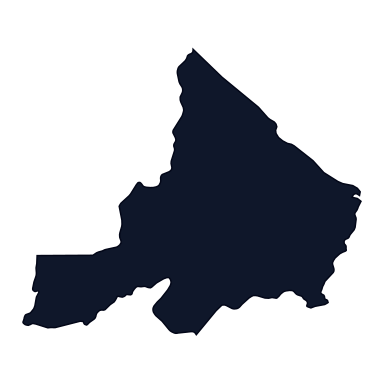 the County of Grand Bassa, rotated 180°
{"feature_id": "LBR-785", "entity_name": "Grand Bassa", "entity_type": "County", "adm_level": 1, "iso_a3": "LBR", "parent_name": "Liberia", "parent_adm1": "", "projection": "albers", "projection_center": [-9.727, 6.117], "detail": "fine", "context": "isolated", "style": "filled", "palette": "ink", "viewbox_px": 384, "rotation_deg": 180, "n_neighbors": 0, "source": "natural_earth", "source_scale": "10m", "svg_char_len": 4443}
<svg xmlns="http://www.w3.org/2000/svg" viewBox="0 0 384 384"><g transform="rotate(180 192 192)"><path d="M190.9,334.7L162.1,306.9L125.6,276.8L116.2,266.2L114.2,264.6L109.6,261.9L108.0,259.9L107.2,257.2L108.4,253.8L108.0,250.6L105.5,246.5L101.3,243.1L96.6,240.6L92.6,239.7L89.8,238.1L71.0,223.3L60.2,211.4L46.1,202.5L41.3,200.4L31.2,198.4L26.6,195.7L23.8,192.2L24.5,188.5L26.9,190.1L29.0,190.3L30.7,189.2L31.9,186.7L26.6,185.5L23.0,182.7L23.2,182.3L25.8,177.1L26.2,175.8L27.0,174.0L28.9,171.3L29.3,169.9L29.0,168.7L28.0,166.1L27.9,164.6L28.9,156.7L29.4,155.4L29.9,154.2L33.9,149.3L35.2,146.5L36.1,145.7L37.6,145.1L39.0,144.4L39.9,142.8L39.9,141.2L39.5,139.9L38.6,139.0L38.0,138.0L37.9,136.9L38.0,135.7L37.8,134.6L37.8,133.5L38.8,132.8L41.4,131.8L44.3,130.2L48.9,126.0L50.6,123.4L51.5,121.2L51.4,119.6L50.2,115.6L50.0,114.1L50.2,112.7L50.8,111.5L59.0,102.7L60.2,99.7L61.4,97.4L62.2,94.6L63.2,92.2L63.2,91.0L62.5,90.1L60.2,88.8L59.6,87.7L59.2,85.2L58.3,84.5L57.3,84.2L56.5,83.5L55.9,81.5L57.1,80.7L59.3,79.5L68.9,77.7L73.1,76.1L76.0,77.1L77.0,77.6L77.2,78.1L77.1,78.8L76.8,79.6L76.5,80.6L76.6,81.7L77.1,82.8L77.9,83.6L79.8,84.8L80.5,85.4L80.9,86.1L81.3,86.7L81.8,87.4L82.5,87.9L86.5,89.2L87.5,89.8L88.3,90.5L89.9,92.3L90.8,93.1L92.3,93.5L94.4,93.6L98.2,93.1L100.3,92.4L102.5,90.7L103.7,89.6L104.7,88.2L106.9,86.1L107.7,85.8L112.0,86.5L115.3,85.8L119.1,86.0L126.4,88.2L128.5,88.5L130.6,88.5L132.4,87.7L134.9,86.1L141.9,79.8L144.4,77.0L145.7,76.0L147.1,75.4L149.4,75.1L150.8,75.2L152.1,75.6L157.3,78.3L158.2,78.7L159.2,79.0L160.2,79.0L161.2,79.0L162.2,78.8L167.9,73.3L187.7,49.3L189.0,51.2L189.8,51.8L190.9,52.3L192.8,52.4L205.9,51.0L206.9,50.8L208.1,50.7L209.7,51.0L212.3,52.2L213.8,53.2L215.0,54.4L221.9,62.8L228.2,68.4L229.4,70.0L230.5,71.8L230.9,73.2L231.0,74.2L231.0,75.2L230.8,76.1L230.4,77.1L229.9,78.1L226.7,82.0L223.0,85.6L216.3,94.1L213.8,98.3L213.4,99.3L213.1,100.4L212.9,101.5L213.0,102.4L213.2,103.4L213.6,104.4L214.2,105.4L215.0,106.4L217.2,106.4L220.3,105.3L227.5,101.1L232.4,96.8L233.6,96.2L235.8,96.5L238.8,97.6L240.2,97.6L242.5,97.3L243.6,97.3L246.1,97.6L247.4,97.2L248.3,96.5L249.8,94.8L251.5,92.3L251.8,90.9L252.3,89.8L253.3,89.2L255.0,89.3L256.4,89.5L257.8,89.4L258.9,88.2L260.2,87.4L261.7,86.9L264.1,87.3L265.5,87.7L266.7,87.6L268.4,84.3L269.8,82.2L273.8,79.4L278.9,74.4L280.2,73.9L282.5,74.0L284.4,73.6L286.2,72.0L287.3,70.7L287.9,69.1L288.2,67.6L288.8,66.1L290.0,64.8L294.0,62.0L295.7,60.5L296.5,59.5L297.6,59.0L299.5,59.8L300.3,61.1L300.7,62.5L303.8,62.8L328.9,56.4L333.2,56.5L336.2,56.2L348.2,60.0L351.3,60.6L352.8,60.0L353.4,59.6L355.7,58.7L357.6,59.0L358.8,59.4L360.4,60.6L360.9,61.3L361.0,62.0L360.3,63.9L359.7,66.1L359.7,66.6L359.5,67.1L358.9,68.5L358.5,69.0L358.0,69.4L354.4,70.7L353.7,71.1L353.3,71.4L350.4,75.0L350.0,75.8L349.1,78.2L347.8,85.7L347.5,87.1L345.2,91.5L345.1,92.1L345.2,92.7L345.5,92.9L346.0,93.1L346.5,93.1L347.1,93.0L348.6,92.5L349.1,92.5L349.9,92.9L350.9,93.7L351.3,94.7L351.3,95.6L350.0,102.0L348.0,107.8L347.7,109.3L347.6,111.0L347.9,115.3L347.9,116.4L347.2,120.5L346.9,128.4L291.1,128.7L287.4,131.2L285.4,132.0L281.5,133.1L279.5,134.1L278.2,134.5L267.6,136.8L266.5,137.3L265.5,138.0L264.2,139.1L263.6,140.1L263.0,141.0L262.9,141.9L262.9,142.8L263.2,143.8L263.9,145.6L264.2,146.5L264.3,147.4L264.4,149.3L264.1,151.1L262.2,157.8L262.0,159.8L262.1,163.8L264.8,177.7L264.2,178.9L263.1,180.7L254.9,188.2L253.4,190.0L247.6,199.3L246.1,201.2L245.0,201.6L244.0,201.5L243.1,200.8L242.4,200.0L241.1,198.2L240.3,197.5L239.3,197.1L237.5,196.7L233.7,196.4L230.6,196.5L227.8,197.1L226.2,197.8L224.9,198.8L224.3,200.0L223.7,201.0L223.4,202.2L223.2,203.2L223.4,205.5L223.3,206.9L222.6,208.6L221.7,209.5L215.0,212.2L213.4,213.3L212.5,214.5L212.2,215.5L212.1,216.6L212.5,218.5L212.7,219.5L212.9,220.4L212.8,222.1L212.7,223.0L209.5,233.2L209.4,234.2L209.4,235.2L210.2,237.9L210.2,239.0L209.9,240.1L208.5,242.5L208.2,243.5L208.1,244.4L208.6,246.3L211.0,251.1L211.1,252.0L211.0,253.0L210.7,253.9L202.1,267.6L201.3,269.6L200.4,272.9L200.3,273.9L200.4,274.9L200.8,276.8L203.1,281.8L203.7,283.7L203.8,284.6L203.8,286.3L203.8,287.0L203.5,287.6L201.9,290.9L201.5,292.0L201.3,293.0L201.3,294.1L201.4,295.2L201.7,296.3L202.2,297.3L204.0,300.1L204.9,302.2L206.6,310.4L206.7,311.6L206.6,313.2L205.9,315.8L205.0,317.3L198.9,323.1L197.7,324.8L197.0,326.4L196.5,328.1L195.6,329.1L194.3,329.8L192.7,330.4L191.6,331.4L191.1,332.3L191.0,333.3L190.9,334.6L190.9,334.7Z" fill="#0f172a" stroke="#020617" stroke-width="1.5"/></g></svg>